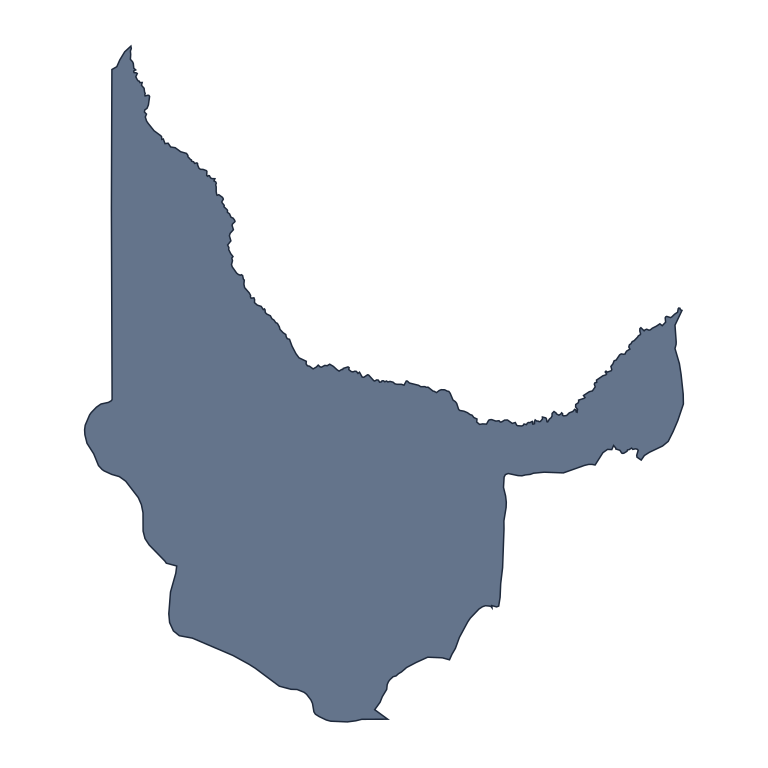 Thpong, Kâmpóng Spœ, Cambodia (Robinson projection)
{"feature_id": "14789045B91455576318571", "entity_name": "Thpong", "entity_type": "district", "adm_level": 2, "iso_a3": "KHM", "parent_name": "Cambodia", "parent_adm1": "Kâmpóng Spœ", "projection": "robinson", "projection_center": [104.429, 11.759], "detail": "fine", "context": "isolated", "style": "filled", "palette": "slate", "viewbox_px": 768, "rotation_deg": 0, "n_neighbors": 0, "source": "geoboundaries", "source_scale": "gbopen_adm2", "svg_char_len": 6090}
<svg xmlns="http://www.w3.org/2000/svg" viewBox="0 0 768 768"><path d="M406.3,381.0L404.0,385.2L401.5,384.3L396.9,384.3L394.9,383.8L393.1,382.2L390.0,381.4L387.9,382.0L386.5,381.0L384.8,381.8L383.5,380.8L382.1,380.8L381.0,382.0L379.6,382.2L378.3,380.1L376.7,379.9L374.7,381.0L373.8,380.7L368.6,375.0L367.5,374.8L363.8,377.3L362.2,377.1L359.5,372.2L358.0,373.4L356.4,371.4L354.8,371.2L352.9,371.9L351.2,371.5L348.8,369.6L349.1,367.6L348.0,366.9L343.2,368.4L342.7,369.5L341.6,369.5L339.1,371.1L337.2,369.9L333.4,366.4L329.7,364.2L327.2,365.7L324.8,365.4L321.4,367.2L320.0,366.8L318.2,365.1L316.4,367.0L313.1,368.9L309.5,366.2L307.4,365.8L306.1,363.9L306.3,361.3L299.0,357.8L295.9,353.6L292.0,346.1L289.5,339.3L287.3,338.7L286.2,336.8L285.8,334.5L283.1,332.7L280.0,329.4L279.3,326.8L277.4,323.4L275.7,322.6L274.0,320.1L271.9,318.7L270.4,315.8L266.7,314.0L265.3,312.5L265.0,309.7L264.4,308.9L263.3,309.6L261.2,306.4L257.3,305.1L254.5,302.6L254.6,299.6L253.9,297.8L251.1,298.2L250.4,296.7L250.6,295.5L249.3,293.0L244.6,287.6L243.9,284.1L244.3,280.1L243.4,279.2L242.6,275.5L241.3,274.7L240.3,275.2L238.4,274.5L236.7,273.2L232.2,266.8L231.5,264.6L232.5,260.7L231.8,258.1L233.0,256.6L230.7,253.6L228.7,249.6L228.9,247.6L227.6,245.0L230.9,240.9L229.4,235.8L230.1,233.4L233.4,229.7L232.1,225.5L232.4,224.1L235.0,221.6L234.7,220.4L233.2,218.2L231.0,217.2L229.5,213.8L227.4,212.3L227.5,210.4L227.0,209.6L224.0,206.8L224.2,205.3L222.0,202.6L221.9,201.6L223.3,199.3L223.1,198.4L222.4,197.3L218.8,194.7L217.1,195.3L216.7,194.5L216.2,191.7L216.2,186.9L215.7,184.9L216.3,183.2L215.7,181.9L214.0,180.9L214.9,178.7L212.1,178.6L210.6,177.9L209.4,175.7L208.4,175.6L207.7,176.3L206.7,175.5L206.9,171.3L206.3,170.6L203.1,169.4L200.4,169.3L198.9,168.1L197.6,164.9L197.6,163.6L196.9,162.9L194.6,163.4L193.6,161.8L191.6,161.2L191.4,159.9L190.6,159.6L187.9,156.7L187.9,155.4L186.5,153.4L180.6,151.7L175.2,147.7L170.7,147.0L168.1,143.2L165.0,143.6L163.3,139.0L161.8,139.4L161.6,136.8L161.0,135.9L154.0,130.7L148.1,123.3L146.6,121.1L145.3,117.0L146.5,114.1L144.4,112.0L144.8,109.9L147.0,108.4L148.4,105.0L149.6,96.5L149.0,95.5L148.1,95.2L145.1,95.9L144.8,94.8L145.2,93.3L144.6,92.2L144.1,88.3L141.5,85.3L142.2,82.5L139.9,82.6L139.3,81.2L138.2,80.9L137.2,79.6L135.8,76.8L137.3,73.5L136.1,72.8L134.1,72.6L133.7,71.7L134.0,70.7L135.7,69.9L133.8,68.2L133.3,63.4L132.5,61.7L130.4,59.3L130.7,54.5L130.4,51.0L131.3,48.6L130.9,46.1L124.7,51.8L119.8,59.9L116.8,66.7L111.9,69.5L111.4,208.7L112.1,399.6L111.2,400.8L108.4,402.4L101.0,404.0L96.4,407.2L91.2,412.6L89.6,414.9L85.2,425.2L84.6,429.8L84.9,434.8L87.0,443.3L93.7,453.8L98.5,465.6L102.1,469.5L104.1,470.9L111.7,474.4L119.3,476.6L125.7,481.2L138.3,497.6L141.4,504.7L143.0,512.8L143.1,531.1L145.0,538.6L149.2,545.0L164.9,561.1L166.3,563.2L176.7,566.0L175.8,573.2L170.5,592.0L168.8,613.8L169.6,622.6L173.4,630.9L179.3,635.7L192.3,638.1L233.0,655.5L248.5,664.0L255.2,668.2L279.3,686.2L291.0,689.3L297.1,689.5L304.1,692.3L306.6,694.3L310.9,699.9L312.5,703.5L313.9,711.8L315.4,714.2L319.2,716.6L326.3,720.0L330.7,721.2L347.4,721.9L355.8,720.8L361.8,719.3L387.7,719.2L374.7,709.7L380.1,702.2L382.3,696.7L386.7,689.4L387.2,684.6L388.5,681.6L390.0,679.6L393.1,676.7L396.1,675.9L398.5,673.7L401.4,672.0L406.6,667.5L416.1,662.5L427.7,657.2L442.3,657.8L449.5,659.8L452.0,654.2L455.4,648.4L459.4,637.4L467.8,621.8L470.3,618.1L479.0,609.0L482.5,606.7L485.5,605.7L488.7,606.0L490.8,606.3L492.0,607.8L491.8,605.6L496.6,606.9L498.7,606.1L500.1,597.3L500.7,583.6L502.6,567.7L504.0,529.0L503.9,520.9L506.1,507.5L506.3,502.3L505.6,496.0L503.5,487.4L504.1,477.1L505.4,474.6L508.2,473.5L518.0,475.6L522.0,475.8L525.5,474.9L530.3,474.4L533.5,473.2L544.2,472.2L563.4,472.9L584.5,465.4L588.7,464.4L592.1,464.4L595.1,465.0L602.9,452.7L607.5,449.4L611.8,449.6L613.6,445.5L615.7,448.0L615.8,449.0L619.9,450.3L621.7,453.1L622.8,453.4L623.9,453.2L627.0,451.3L627.5,449.9L629.0,449.7L631.6,448.1L632.8,449.4L635.5,448.8L637.1,449.2L638.2,450.3L636.7,455.3L637.0,457.2L641.2,460.1L644.4,455.5L649.4,452.3L662.6,446.0L668.2,441.4L673.1,431.6L677.8,420.6L683.4,404.0L683.2,394.1L681.1,374.5L679.4,363.6L675.0,348.5L676.1,344.4L676.2,342.0L675.0,325.2L682.0,310.4L680.3,309.7L680.0,308.3L678.8,308.0L678.2,308.7L677.6,312.2L674.6,314.2L671.7,317.0L670.6,317.6L666.7,316.4L665.7,316.9L665.2,317.9L665.6,322.2L662.2,325.7L659.9,323.8L656.3,326.2L652.3,328.2L650.4,329.8L649.0,330.2L646.7,329.2L645.1,329.8L644.1,330.8L640.9,327.7L639.9,328.6L639.8,331.0L640.6,334.0L640.1,334.8L638.3,335.9L637.6,337.1L634.1,340.7L632.2,341.6L631.0,343.7L629.4,344.8L628.8,347.0L629.9,349.1L626.6,351.1L625.5,352.8L625.2,353.9L623.7,354.3L621.2,353.9L619.6,354.9L616.2,360.0L614.1,360.8L612.9,363.9L610.9,366.4L611.8,369.7L611.1,370.8L607.3,372.1L606.0,371.1L605.2,372.0L606.6,374.0L605.8,374.9L603.0,375.7L596.5,380.1L596.7,382.4L594.9,382.8L594.3,384.1L595.2,386.9L592.4,390.9L589.3,391.7L583.5,395.5L585.0,397.6L583.9,398.4L578.6,400.1L578.7,401.3L578.2,402.8L575.7,404.5L575.6,407.0L577.5,409.3L577.1,412.3L576.2,411.9L575.9,410.0L574.7,409.3L572.8,411.5L569.3,412.8L566.6,415.5L563.8,415.9L562.6,415.4L562.6,413.7L561.6,412.8L560.8,414.0L558.9,415.2L556.5,413.9L556.1,413.0L554.0,411.5L552.1,413.4L552.0,416.1L551.1,417.7L549.4,419.1L547.7,421.9L546.9,421.7L546.5,419.0L545.8,417.9L542.4,417.0L542.4,419.1L540.4,421.4L539.1,421.7L538.2,421.1L536.6,421.0L535.2,419.9L534.5,421.5L534.5,423.7L532.9,424.2L532.5,423.3L532.8,422.3L532.3,421.4L529.9,422.6L528.3,422.5L527.2,423.3L526.5,424.6L524.0,424.0L523.1,425.4L521.6,426.0L517.6,425.7L516.7,425.2L515.3,422.5L512.3,423.4L507.5,420.0L504.6,420.1L501.6,421.9L500.3,422.1L499.0,420.7L495.9,421.1L491.7,419.6L490.0,419.7L488.7,420.2L486.5,424.1L482.6,423.9L479.6,424.4L476.7,422.0L477.0,419.0L473.8,417.5L472.1,415.2L470.0,414.5L467.5,412.7L464.0,411.2L459.7,410.4L458.6,409.3L456.7,403.4L455.4,401.7L453.0,400.0L450.2,393.3L448.8,391.4L447.2,391.1L444.7,389.8L441.2,389.7L439.2,390.5L436.5,392.6L434.0,391.2L433.2,391.2L428.1,387.2L426.1,387.3L424.9,386.6L420.8,386.7L418.6,385.3L409.4,383.0L407.4,381.1L406.3,381.0Z" fill="#64748b" stroke="#1e293b" stroke-width="1.5"/></svg>